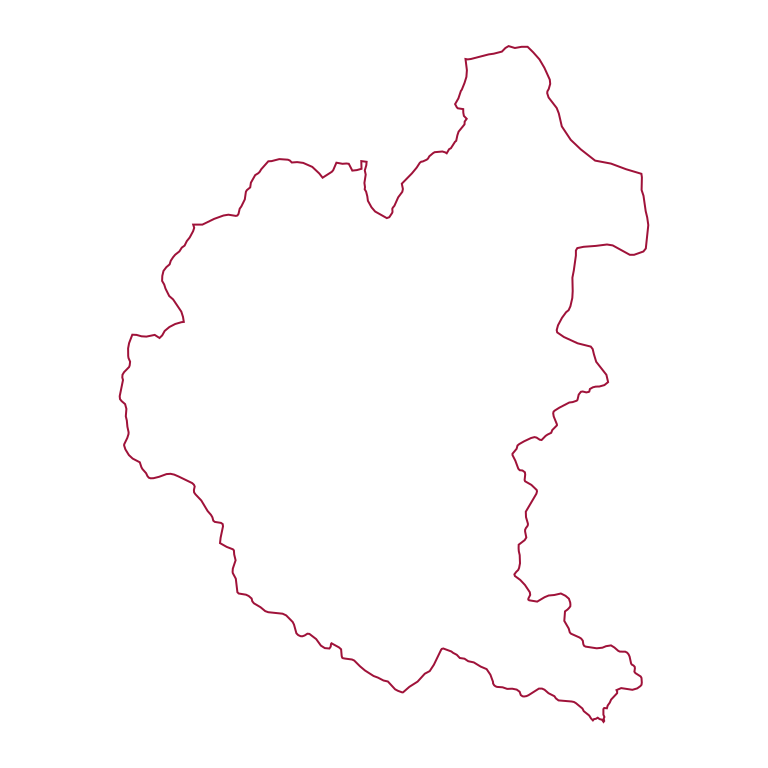 the district of Bac Ha, Lào Cai, Vietnam
{"feature_id": "81297802B71116262659242", "entity_name": "Bac Ha", "entity_type": "district", "adm_level": 2, "iso_a3": "VNM", "parent_name": "Vietnam", "parent_adm1": "Lào Cai", "projection": "mercator", "projection_center": [104.318, 22.502], "detail": "fine", "context": "isolated", "style": "outline", "palette": "rose", "viewbox_px": 768, "rotation_deg": 0, "n_neighbors": 0, "source": "geoboundaries", "source_scale": "gbopen_adm2", "svg_char_len": 6101}
<svg xmlns="http://www.w3.org/2000/svg" viewBox="0 0 768 768"><path d="M608.1,382.1L606.4,374.8L596.2,361.8L593.9,354.2L592.7,349.1L590.8,346.6L577.6,343.3L563.9,337.0L557.2,332.4L556.7,330.1L558.0,325.3L562.0,317.8L566.1,312.2L568.6,310.2L570.4,306.3L572.3,298.0L572.7,291.1L572.4,277.7L573.8,270.5L575.9,255.5L575.9,250.5L577.3,248.1L583.6,246.8L595.8,245.9L607.0,244.5L612.7,245.4L629.8,254.8L634.1,254.8L643.4,251.5L645.8,248.5L648.3,225.1L647.2,217.4L645.7,211.2L643.5,195.8L641.6,190.0L641.9,177.3L641.4,173.8L626.0,169.2L611.0,163.6L595.1,160.6L580.7,149.3L570.7,139.8L561.8,126.4L558.8,113.4L556.7,108.0L548.6,97.5L547.2,93.2L547.4,91.3L548.7,89.1L550.2,83.9L549.8,79.7L544.4,67.8L539.4,59.3L533.2,52.3L527.6,46.8L521.6,46.8L514.9,48.0L508.6,46.1L505.4,48.0L501.9,51.6L493.7,53.7L488.7,54.4L470.9,59.0L467.7,59.4L465.5,59.0L466.9,70.2L466.4,76.9L464.5,83.0L461.8,89.7L460.9,90.9L458.4,98.4L455.1,104.1L456.8,107.3L457.8,108.3L463.2,109.1L463.3,112.7L463.9,115.9L466.7,118.8L464.7,121.5L464.5,124.4L458.6,131.6L457.4,135.2L456.2,140.8L455.0,141.8L450.9,148.2L449.1,149.2L446.7,153.3L445.3,152.4L442.4,151.5L434.6,152.2L433.0,153.2L429.3,156.3L428.0,158.6L426.7,159.7L422.7,161.5L421.2,161.7L419.8,162.8L416.7,167.6L411.9,173.4L401.8,183.7L402.9,189.0L402.3,191.8L398.2,197.3L394.4,205.8L392.8,207.7L392.3,208.8L392.5,211.9L392.1,213.0L389.3,217.2L386.8,218.1L375.1,211.5L371.5,207.3L367.9,200.8L367.3,196.3L366.1,191.6L364.7,189.3L365.0,187.1L364.4,183.0L365.7,174.6L364.8,170.4L366.3,165.2L366.6,161.8L361.3,161.1L361.5,168.8L356.8,170.1L352.3,170.6L348.8,163.8L346.5,163.5L342.5,163.8L336.4,162.7L333.2,170.2L331.8,171.8L322.6,177.7L319.3,173.5L312.3,166.9L303.2,162.9L297.2,162.1L291.8,162.5L289.8,160.5L287.9,159.7L279.3,159.1L271.6,161.1L268.3,161.3L261.2,169.3L259.7,171.8L258.3,173.2L255.2,175.1L250.9,182.7L250.2,187.4L246.8,190.2L245.9,191.8L244.8,199.4L241.3,206.5L239.7,208.7L238.5,213.9L237.4,215.5L235.9,215.9L228.4,214.7L223.5,215.5L214.1,218.9L202.4,224.6L193.2,224.6L194.2,227.8L193.1,231.2L189.7,237.5L186.8,241.1L184.6,245.6L181.8,247.6L179.4,251.4L175.2,254.7L173.1,257.2L170.8,260.7L169.6,264.4L166.4,267.1L163.5,270.9L162.3,275.9L162.1,280.9L164.2,284.5L165.5,288.6L169.2,296.0L173.1,299.4L181.3,311.6L183.0,316.9L183.8,321.9L181.4,322.2L175.2,324.0L169.4,327.0L164.7,330.9L162.2,335.4L159.5,338.0L154.7,334.9L146.4,336.6L141.5,336.3L136.5,334.9L132.3,334.7L129.1,343.1L128.1,348.4L128.2,355.9L128.5,358.0L130.1,361.7L129.7,365.3L129.1,367.0L124.1,372.1L122.5,374.7L122.3,377.5L123.0,380.0L119.7,396.2L120.0,399.1L121.6,401.1L125.1,404.1L126.4,408.9L125.8,416.3L126.8,420.4L127.4,426.7L128.6,432.3L128.5,434.1L127.3,437.9L124.2,444.3L124.1,445.4L125.4,449.4L128.9,455.1L132.7,458.6L139.8,462.3L141.4,467.2L142.4,469.0L146.1,473.2L147.4,476.0L148.8,477.7L150.6,478.3L153.5,478.2L159.1,476.8L166.5,474.1L170.5,473.8L174.2,474.6L178.6,476.5L192.2,483.1L193.9,484.7L194.7,486.5L193.9,490.1L194.1,492.4L195.5,494.4L201.3,500.5L207.6,511.0L211.0,514.9L212.4,517.3L213.3,520.7L214.8,521.9L221.0,522.9L222.7,524.1L223.0,526.3L220.6,537.8L220.0,543.1L226.7,546.9L232.9,549.3L233.9,550.4L234.2,554.5L235.6,560.3L232.8,568.7L232.6,571.8L232.8,573.1L235.8,578.7L237.4,592.2L238.7,593.5L246.0,594.7L248.7,596.0L251.6,598.5L252.3,601.3L253.9,603.3L260.5,607.2L265.2,611.1L268.2,612.2L282.6,613.7L286.2,615.4L292.7,622.0L294.0,624.6L296.4,633.3L298.2,635.1L300.6,636.2L302.3,636.3L304.6,635.5L307.4,633.7L309.4,633.9L316.2,639.1L320.9,645.6L324.8,648.1L329.4,648.5L330.7,646.6L331.0,644.0L331.5,643.3L339.0,647.4L341.1,649.3L341.7,656.1L342.2,657.7L343.0,658.2L345.2,658.6L352.0,659.5L354.2,660.5L360.0,666.3L365.0,670.5L373.6,676.0L377.9,677.6L383.5,680.5L387.9,681.5L395.1,689.3L397.9,690.8L402.2,692.4L403.1,692.3L409.4,686.8L417.6,681.6L424.8,673.7L429.7,671.1L433.9,664.7L441.1,649.8L441.8,648.9L443.3,648.5L451.4,651.5L453.0,652.8L456.8,654.8L459.8,658.0L464.5,658.7L468.2,661.2L473.8,662.4L480.7,666.6L486.6,669.1L490.4,674.7L493.0,681.8L493.1,683.5L494.2,685.3L495.5,686.3L497.0,686.9L502.6,687.3L507.2,688.9L512.2,688.7L516.7,689.6L519.6,691.7L520.8,695.1L522.6,696.3L524.0,696.5L526.5,696.1L528.5,695.2L538.9,688.6L542.0,688.6L544.5,689.7L548.5,693.2L554.4,696.2L555.9,698.4L558.5,700.4L571.6,701.5L574.0,702.0L576.0,703.2L582.4,708.5L583.8,711.2L589.2,715.5L591.0,718.4L592.9,720.4L594.0,719.1L595.9,718.8L597.7,717.7L599.6,719.1L602.0,719.7L603.5,721.9L604.2,721.0L603.7,718.6L604.4,717.0L603.4,714.7L603.4,709.1L604.2,708.0L606.9,708.3L607.7,705.5L609.8,702.6L611.1,699.6L617.1,693.2L617.2,691.7L616.5,690.1L621.2,688.1L632.4,689.8L637.2,688.4L640.4,686.1L641.5,684.8L641.8,682.5L641.5,678.0L640.7,676.5L635.4,673.1L634.4,671.7L634.9,668.4L634.7,666.8L633.5,665.5L631.8,664.6L631.1,663.5L629.6,656.6L628.6,654.4L627.2,652.7L625.3,651.7L619.9,651.6L618.3,650.9L614.4,647.5L611.0,645.4L606.0,646.2L602.4,647.7L596.7,648.3L585.5,646.6L584.0,645.7L583.3,644.1L582.8,640.7L581.2,638.6L579.3,637.4L571.0,633.7L569.8,632.4L568.7,628.5L564.3,620.9L565.0,611.4L567.6,609.5L569.3,607.7L570.3,606.3L570.4,604.5L570.2,602.5L568.9,598.7L565.5,595.8L560.9,593.5L554.3,595.0L548.7,595.5L544.6,597.2L537.2,601.6L529.2,600.3L528.3,599.6L528.4,598.5L530.2,594.9L529.8,592.2L524.9,584.9L520.2,579.9L514.9,576.0L514.4,574.3L516.3,571.8L518.2,570.0L519.1,567.9L520.0,563.3L519.7,555.1L518.8,551.2L518.6,548.2L518.7,544.7L524.7,540.1L526.3,537.5L525.1,531.5L525.1,529.8L526.0,527.9L527.3,526.3L527.9,524.9L527.9,523.6L526.0,517.1L525.8,511.7L536.4,493.7L537.0,491.3L536.7,490.0L531.4,484.9L525.1,481.3L524.6,480.0L525.2,474.6L524.9,472.3L522.5,470.5L519.7,470.2L518.3,468.7L515.3,460.6L512.5,455.1L512.5,453.7L516.6,448.8L517.5,445.5L519.2,444.1L524.1,441.3L531.1,438.0L534.5,437.1L536.6,437.6L539.7,439.7L541.6,440.0L545.6,435.9L547.5,434.6L551.2,432.8L552.3,430.0L556.9,425.4L556.9,424.3L553.7,416.4L553.2,413.3L553.6,411.6L554.7,410.6L559.3,407.7L569.3,402.5L572.6,402.1L576.7,400.7L577.5,399.8L578.7,394.6L580.9,391.8L582.7,391.5L586.3,392.4L588.8,391.9L589.3,391.5L589.9,389.0L592.9,387.3L595.8,386.6L599.4,386.5L604.4,385.1L608.1,382.1Z" fill="none" stroke="#9f1239" stroke-width="2"/></svg>